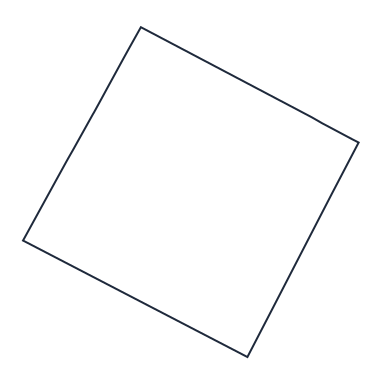 outline of Randolph, Indiana, United States of America, rotated 208°
{"feature_id": "52423323B64945825583977", "entity_name": "Randolph", "entity_type": "district", "adm_level": 2, "iso_a3": "USA", "parent_name": "United States of America", "parent_adm1": "Indiana", "projection": "albers", "projection_center": [-84.948, 40.157], "detail": "fine", "context": "isolated", "style": "outline", "palette": "slate", "viewbox_px": 384, "rotation_deg": 208, "n_neighbors": 0, "source": "geoboundaries", "source_scale": "gbopen_adm2", "svg_char_len": 421}
<svg xmlns="http://www.w3.org/2000/svg" viewBox="0 0 384 384"><g transform="rotate(208 192 192)"><path d="M67.7,256.0L68.1,313.9L75.5,313.8L109.5,313.8L121.2,314.2L314.5,313.5L315.0,290.3L315.2,278.5L315.6,243.6L315.7,231.9L315.9,216.1L316.0,214.5L316.8,173.7L317.1,164.0L317.1,163.9L317.2,159.4L317.5,138.9L318.3,75.9L318.4,69.8L65.6,72.3L66.2,129.7L67.7,256.0Z" fill="none" stroke="#1e293b" stroke-width="2"/></g></svg>